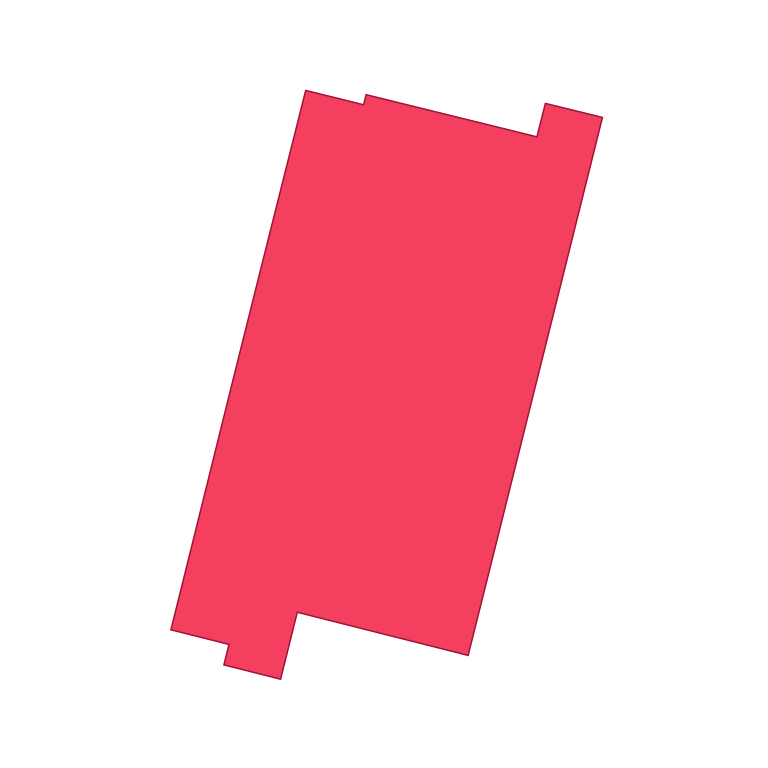 Daniels, Montana, United States of America (Equal Earth projection), rotated 284°
{"feature_id": "52423323B93152505552387", "entity_name": "Daniels", "entity_type": "district", "adm_level": 2, "iso_a3": "USA", "parent_name": "United States of America", "parent_adm1": "Montana", "projection": "equal_earth", "projection_center": [-105.604, 48.781], "detail": "fine", "context": "isolated", "style": "filled", "palette": "rose", "viewbox_px": 768, "rotation_deg": 284, "n_neighbors": 0, "source": "geoboundaries", "source_scale": "gbopen_adm2", "svg_char_len": 395}
<svg xmlns="http://www.w3.org/2000/svg" viewBox="0 0 768 768"><g transform="rotate(284 384 384)"><path d="M255.8,531.4L695.5,531.5L695.3,472.7L660.8,472.6L660.4,296.7L650.0,296.6L649.9,237.0L558.4,236.8L458.1,236.6L346.2,236.5L248.9,236.6L126.5,236.7L93.9,236.7L93.8,296.6L72.7,296.6L72.5,355.1L141.5,355.1L141.0,531.3L255.8,531.4Z" fill="#f43f5e" stroke="#9f1239" stroke-width="1.5"/></g></svg>